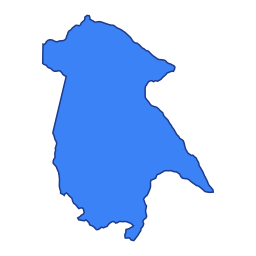 Itabela, Bahia, Brazil (Robinson projection)
{"feature_id": "56859067B84732320584275", "entity_name": "Itabela", "entity_type": "district", "adm_level": 2, "iso_a3": "BRA", "parent_name": "Brazil", "parent_adm1": "Bahia", "projection": "robinson", "projection_center": [-39.521, -16.666], "detail": "fine", "context": "isolated", "style": "filled", "palette": "blue", "viewbox_px": 256, "rotation_deg": 0, "n_neighbors": 0, "source": "geoboundaries", "source_scale": "gbopen_adm2", "svg_char_len": 4042}
<svg xmlns="http://www.w3.org/2000/svg" viewBox="0 0 256 256"><path d="M42.7,63.5L44.2,64.5L46.4,65.3L47.4,66.8L48.5,67.7L50.4,68.3L51.7,69.3L52.8,70.5L54.7,71.3L57.2,71.1L59.2,70.6L60.8,71.6L62.0,72.9L63.0,74.6L64.8,75.7L66.2,76.5L53.1,131.5L52.9,133.3L53.8,135.2L54.6,137.8L55.2,139.9L56.2,141.5L56.7,143.5L56.1,145.8L55.3,148.3L55.6,150.6L54.9,152.7L54.9,155.1L55.0,157.5L53.8,159.3L53.2,161.0L53.2,163.3L54.3,164.5L56.3,166.8L57.6,170.1L58.6,172.3L59.0,174.8L59.5,179.0L59.3,186.3L59.9,189.0L60.6,191.0L60.6,193.2L61.8,193.9L63.1,194.4L64.2,195.4L65.0,193.8L66.5,193.0L67.8,194.1L69.1,195.8L70.4,196.9L71.9,198.3L72.6,200.9L73.6,203.2L75.6,204.6L76.7,205.9L77.8,207.5L78.9,208.6L81.1,207.8L83.0,208.3L83.8,210.8L84.2,212.6L83.2,214.2L81.5,215.0L80.0,216.6L77.7,217.9L78.8,219.9L80.4,220.1L82.4,220.5L84.4,220.8L85.9,219.8L87.4,221.1L88.9,222.7L89.7,224.9L92.1,225.8L93.6,226.7L94.9,228.0L96.3,229.6L98.0,229.6L99.8,228.6L101.2,227.2L103.4,227.8L105.2,227.0L107.1,226.4L108.5,224.3L110.7,222.5L112.6,221.5L114.4,221.9L115.7,223.1L117.4,222.7L119.2,221.5L121.1,221.5L122.5,221.7L124.1,221.6L125.7,221.5L127.5,222.0L128.9,222.7L130.7,223.2L133.5,225.8L132.0,227.0L130.4,227.8L129.2,228.6L127.7,229.1L126.0,229.5L125.9,231.3L125.7,233.0L124.9,234.3L124.9,236.0L125.1,237.9L126.6,238.1L128.3,237.8L129.7,238.2L131.2,240.0L133.8,240.6L135.1,239.0L136.2,237.5L137.9,235.3L139.3,232.9L140.8,230.6L141.0,228.4L142.4,227.0L143.2,225.5L143.7,223.8L142.9,221.8L143.3,220.1L144.5,219.1L146.0,217.9L146.7,216.1L146.2,214.2L145.6,211.9L145.7,209.7L146.2,207.6L146.5,205.8L145.5,204.6L144.9,203.2L144.3,201.0L143.5,199.2L144.6,197.5L145.8,196.3L147.1,195.2L148.2,193.1L149.2,190.8L150.2,188.1L150.6,186.1L150.5,184.1L150.5,182.0L150.9,180.4L152.4,179.6L154.1,179.0L155.8,178.1L156.3,176.4L157.3,174.5L159.6,173.8L161.5,172.6L162.9,171.9L164.2,170.9L165.6,170.7L167.5,170.7L169.4,170.8L171.2,170.6L172.9,171.3L174.4,171.8L175.8,171.8L177.2,172.4L178.8,173.5L180.0,174.6L180.7,176.4L182.4,178.2L184.6,178.6L187.2,178.8L189.3,180.0L190.6,181.2L191.9,182.3L193.6,183.5L195.2,184.6L196.6,185.6L198.1,185.8L199.3,186.7L200.8,187.8L202.8,189.5L204.9,191.5L207.5,192.1L209.2,192.3L211.2,192.3L213.3,192.1L213.0,190.0L211.6,188.1L210.0,186.3L208.6,184.6L207.7,182.3L206.8,180.1L205.9,178.5L205.2,177.0L204.3,175.4L203.5,173.4L202.5,171.1L201.2,169.1L200.4,167.5L199.2,165.9L198.9,163.8L198.2,161.9L197.1,160.1L196.2,158.1L194.4,156.6L192.8,155.2L191.1,155.3L189.3,154.0L187.9,153.1L186.8,151.1L185.8,149.4L185.0,147.3L184.5,144.7L184.0,142.8L183.3,140.8L181.7,139.5L179.9,138.6L178.6,136.3L176.8,134.6L175.6,132.5L174.2,130.0L173.0,128.2L171.7,126.5L171.1,125.1L169.8,123.6L168.9,122.0L167.9,120.1L166.4,118.5L165.0,117.3L163.7,115.5L162.8,112.9L161.2,111.4L160.0,110.5L158.4,108.6L156.4,107.2L154.1,106.5L152.0,105.8L150.6,104.7L149.6,103.4L148.8,102.1L147.8,100.9L146.6,99.5L145.2,97.4L145.1,88.7L145.5,86.3L146.6,84.8L147.7,82.9L149.3,81.2L151.6,80.6L153.6,81.7L154.9,80.8L156.3,80.8L157.7,81.2L159.4,80.2L160.9,79.4L162.1,78.0L163.3,76.8L164.4,75.9L165.9,74.5L167.0,73.1L168.3,72.6L169.6,72.0L171.5,71.3L173.5,71.3L174.6,69.0L174.9,67.0L173.7,65.6L172.1,64.9L170.8,64.1L169.0,63.6L167.1,62.6L166.1,61.4L164.9,60.4L163.1,59.9L160.4,59.6L158.3,59.4L157.0,58.5L155.6,57.5L153.7,56.3L151.5,54.4L149.9,52.7L148.1,51.0L146.4,50.7L145.2,49.9L143.9,48.7L142.1,47.9L140.3,45.9L139.0,44.6L137.1,43.2L135.2,42.9L133.4,41.8L131.9,39.7L130.6,37.6L129.2,36.2L127.5,34.7L126.5,33.7L125.2,32.5L123.2,31.2L121.3,29.8L119.4,28.9L117.8,28.2L116.6,27.6L115.0,26.3L113.2,25.2L111.5,25.2L108.6,24.5L103.9,22.9L102.0,22.2L99.8,21.6L97.6,21.8L95.7,22.2L94.0,21.7L93.0,20.8L91.6,20.2L89.9,19.3L89.9,17.4L89.2,15.7L87.1,15.4L84.9,17.1L84.7,19.8L82.8,21.6L81.3,22.9L80.5,24.8L79.4,25.8L77.5,25.3L75.5,25.4L73.9,26.8L72.5,27.8L70.9,29.8L68.8,31.1L67.9,32.8L67.5,34.5L66.6,36.2L66.3,38.0L65.0,39.8L63.5,40.5L61.7,40.8L59.5,40.9L57.2,41.8L55.0,41.4L52.3,40.0L50.0,39.7L48.2,40.2L46.4,41.6L45.5,43.4L44.3,44.5L43.0,44.1L42.7,63.5Z" fill="#3b82f6" stroke="#1e3a8a" stroke-width="1.5"/></svg>